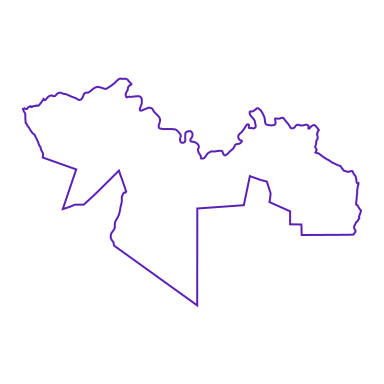 the district of Malindi, Coast, Kenya
{"feature_id": "3690345B29695103199893", "entity_name": "Malindi", "entity_type": "district", "adm_level": 2, "iso_a3": "KEN", "parent_name": "Kenya", "parent_adm1": "Coast", "projection": "natural_earth1", "projection_center": [39.914, -3.232], "detail": "fine", "context": "isolated", "style": "outline", "palette": "violet", "viewbox_px": 384, "rotation_deg": 0, "n_neighbors": 0, "source": "geoboundaries", "source_scale": "gbopen_adm2", "svg_char_len": 5939}
<svg xmlns="http://www.w3.org/2000/svg" viewBox="0 0 384 384"><path d="M114.0,245.6L197.2,305.4L197.3,208.5L243.8,205.2L249.9,176.1L260.1,179.8L263.8,180.8L266.8,181.5L270.6,193.3L270.2,197.5L269.5,202.1L290.1,211.3L290.1,224.3L301.4,224.5L301.7,235.0L347.3,234.8L353.5,234.6L355.4,231.7L355.6,230.9L355.2,230.1L354.8,229.5L354.1,227.9L354.0,227.2L354.2,226.4L356.0,222.6L356.5,221.9L357.2,221.6L357.6,221.1L358.0,220.1L358.5,219.3L359.3,218.5L359.2,217.7L359.0,216.7L359.3,216.0L360.1,213.4L360.5,212.7L361.0,210.6L360.5,209.9L359.8,209.2L358.7,207.5L357.5,205.3L356.6,205.1L356.1,204.1L356.1,203.0L356.6,199.3L356.8,195.9L357.2,193.0L357.2,190.1L358.0,185.3L358.5,184.2L358.4,183.0L357.7,183.2L357.0,182.9L356.6,182.2L356.4,181.5L356.4,180.0L355.6,176.5L355.4,175.9L354.1,174.5L352.8,172.1L352.4,171.1L351.0,171.2L347.6,171.9L347.0,171.5L343.9,170.7L342.9,169.4L342.0,168.4L341.5,167.7L340.9,166.5L340.3,165.9L337.8,165.2L335.1,163.8L333.7,163.3L331.7,162.2L329.3,160.5L326.0,158.7L322.8,156.6L318.4,153.3L317.0,153.1L315.4,152.5L316.0,151.5L316.7,149.8L315.7,148.1L315.1,146.9L315.6,145.6L316.2,143.3L316.3,141.0L316.6,140.3L317.1,139.7L317.6,138.8L317.7,137.7L317.4,135.3L316.9,134.5L317.1,133.9L317.5,133.2L317.4,132.4L318.3,130.7L318.9,130.1L317.9,128.9L316.6,127.0L315.4,125.8L314.3,125.1L313.1,125.2L312.1,125.7L311.4,126.3L310.3,127.4L309.7,128.2L309.1,128.7L308.4,128.5L308.4,127.6L308.7,126.4L308.4,125.6L306.9,124.8L306.1,124.6L305.5,124.7L303.0,125.4L301.5,125.5L300.5,125.4L297.9,124.7L297.3,124.8L296.5,125.2L295.8,125.7L294.6,127.3L294.1,127.8L293.3,128.2L292.5,128.3L291.7,128.3L291.0,128.1L290.5,127.6L288.4,124.2L285.6,121.0L283.9,118.6L283.4,118.0L282.8,117.8L281.4,117.9L279.5,118.6L278.5,118.7L277.6,118.7L275.7,118.4L275.1,118.8L275.0,119.4L275.5,121.8L275.6,122.8L275.4,123.5L275.1,124.3L274.6,124.8L273.7,125.1L271.7,125.4L270.9,125.4L266.8,124.7L266.1,124.3L265.5,123.4L265.2,122.6L264.8,119.5L264.4,117.4L264.1,116.5L262.6,113.3L260.6,110.1L258.3,108.3L257.3,108.2L256.5,108.5L255.5,109.6L252.9,111.2L252.1,111.5L250.2,111.4L249.6,112.1L249.7,113.1L249.8,113.9L250.2,114.9L251.4,116.5L253.7,119.1L254.6,120.6L254.9,121.7L255.0,122.4L255.7,125.6L255.7,126.5L255.3,127.3L254.8,127.9L253.4,128.5L252.8,128.4L252.1,128.1L251.5,127.9L249.9,128.2L249.0,127.9L248.8,127.0L249.0,125.3L248.6,124.5L247.9,124.3L247.0,124.5L245.5,126.6L244.4,128.4L243.3,130.0L241.4,132.4L239.8,133.6L239.3,134.2L238.7,135.0L238.3,136.0L238.2,136.7L238.3,137.6L238.8,138.8L239.8,140.0L240.7,140.4L241.3,140.5L241.9,141.0L241.5,142.0L240.9,142.6L240.2,143.2L239.1,143.8L236.7,144.1L236.0,144.4L235.2,144.9L234.8,145.4L234.1,147.2L232.8,148.9L230.6,150.8L230.0,151.3L229.4,151.8L228.2,153.4L225.8,155.1L225.1,155.4L224.5,155.3L223.8,154.7L223.4,154.1L222.4,151.5L221.9,151.0L221.2,150.8L219.0,150.8L214.6,151.5L212.0,151.4L210.5,151.7L208.1,153.1L206.9,154.3L205.3,156.8L204.2,158.0L203.4,158.4L202.7,158.5L201.3,158.6L200.9,158.1L200.7,155.6L198.9,153.2L198.6,152.5L198.1,150.9L197.9,149.9L198.2,148.7L198.7,147.8L198.8,147.1L198.8,146.1L198.2,144.8L197.6,144.0L195.6,142.5L194.8,142.2L190.9,141.4L190.4,140.9L190.3,140.1L190.4,139.4L191.8,137.4L192.2,136.7L192.5,135.0L192.5,134.0L192.2,133.0L191.7,132.2L191.1,131.5L190.5,131.2L189.7,131.1L188.8,131.1L187.9,131.5L187.0,131.6L186.4,131.9L185.5,133.0L185.3,133.9L185.2,137.1L185.3,139.9L185.1,141.2L184.8,141.8L184.1,142.4L183.4,142.7L182.7,142.8L181.2,142.5L180.5,141.8L180.2,140.9L180.1,139.8L180.1,138.7L180.8,136.0L180.7,135.0L180.3,134.2L179.7,133.5L178.4,131.9L177.0,130.4L176.3,129.9L175.1,129.4L171.1,129.0L169.6,129.1L167.5,129.0L164.4,129.1L162.8,129.0L160.6,128.6L159.8,128.4L159.1,128.0L158.8,127.3L158.7,126.3L158.7,125.5L159.8,122.0L160.1,120.2L160.0,119.3L159.7,118.3L158.9,116.7L158.2,116.0L154.1,111.8L153.5,110.9L152.5,109.1L151.8,108.4L150.4,107.8L149.1,107.7L148.2,107.8L146.2,108.7L143.3,109.7L142.5,110.3L141.6,110.6L140.2,110.5L139.8,109.6L139.9,108.5L141.7,103.8L141.8,102.9L141.8,100.4L141.8,99.3L141.6,98.5L140.6,97.1L139.9,96.5L139.0,96.2L135.9,96.3L131.1,96.9L129.2,96.7L127.4,97.2L126.6,97.3L126.2,96.8L125.8,95.8L125.7,94.8L125.9,93.1L127.4,90.5L127.7,89.7L128.1,87.4L128.6,86.4L129.9,85.2L130.7,85.0L131.2,84.7L131.4,83.9L128.8,81.2L127.8,79.9L127.1,79.4L125.4,78.7L124.8,78.7L122.5,78.9L120.3,78.6L119.0,79.0L116.3,81.2L114.4,83.3L112.9,84.3L111.7,85.4L110.1,86.4L106.9,88.5L106.1,88.8L105.3,88.9L104.7,88.8L100.7,87.5L98.4,87.0L97.5,86.9L96.6,87.1L94.8,87.8L93.4,88.6L90.5,91.1L89.2,92.1L87.9,92.6L86.6,92.6L85.8,92.8L85.0,93.0L84.4,93.5L83.8,94.4L82.7,97.2L82.1,98.2L81.6,98.9L81.1,99.4L80.6,99.7L79.6,100.0L78.8,99.9L77.9,99.5L75.6,98.1L74.0,97.5L72.3,97.0L70.0,95.9L65.5,94.0L63.6,93.9L61.2,92.9L59.9,92.6L59.2,92.7L57.5,93.5L56.7,94.1L55.7,95.4L55.2,95.9L54.6,96.1L53.2,96.2L51.7,95.4L50.5,95.6L49.4,96.0L47.9,97.1L46.9,98.1L46.4,98.9L45.6,99.7L44.6,100.1L44.1,99.4L43.5,98.9L42.0,101.4L40.3,103.7L39.8,104.2L38.7,105.5L38.1,105.8L36.4,105.4L35.8,106.0L34.4,106.0L32.9,106.3L32.0,107.0L31.1,107.1L30.7,106.2L29.2,106.7L28.6,107.1L28.0,107.6L27.5,108.3L26.8,109.0L25.9,109.1L24.6,108.3L23.0,108.9L23.2,109.8L23.9,111.4L25.0,113.2L25.3,114.1L25.4,119.2L25.7,123.1L26.5,123.7L27.8,126.3L28.9,127.5L30.5,130.3L31.5,131.6L32.0,132.6L32.6,133.2L34.2,134.4L34.7,134.9L35.4,136.6L36.5,138.6L37.4,140.7L37.9,141.5L38.3,142.5L38.5,143.6L38.9,144.4L39.2,145.4L40.4,146.9L40.7,147.9L40.8,149.1L41.1,149.7L42.7,152.9L43.0,153.6L43.1,155.5L42.7,157.5L76.2,169.4L62.8,209.1L69.6,206.9L74.9,204.7L83.7,204.7L93.2,196.0L97.5,191.9L109.0,180.5L118.9,170.6L125.1,188.2L126.2,191.7L125.7,192.2L124.8,192.8L124.2,192.5L123.6,193.1L123.0,193.8L122.6,195.2L122.0,196.2L121.8,197.0L121.8,201.8L120.3,208.2L120.1,210.0L119.1,214.1L118.8,215.1L117.4,217.8L115.6,220.9L115.0,222.7L114.8,224.4L114.8,227.4L114.6,228.3L113.9,229.8L111.8,232.6L111.2,233.7L110.8,235.0L110.7,237.6L111.4,239.5L113.5,242.5L113.7,243.8L114.0,245.6Z" fill="none" stroke="#5b21b6" stroke-width="2"/></svg>